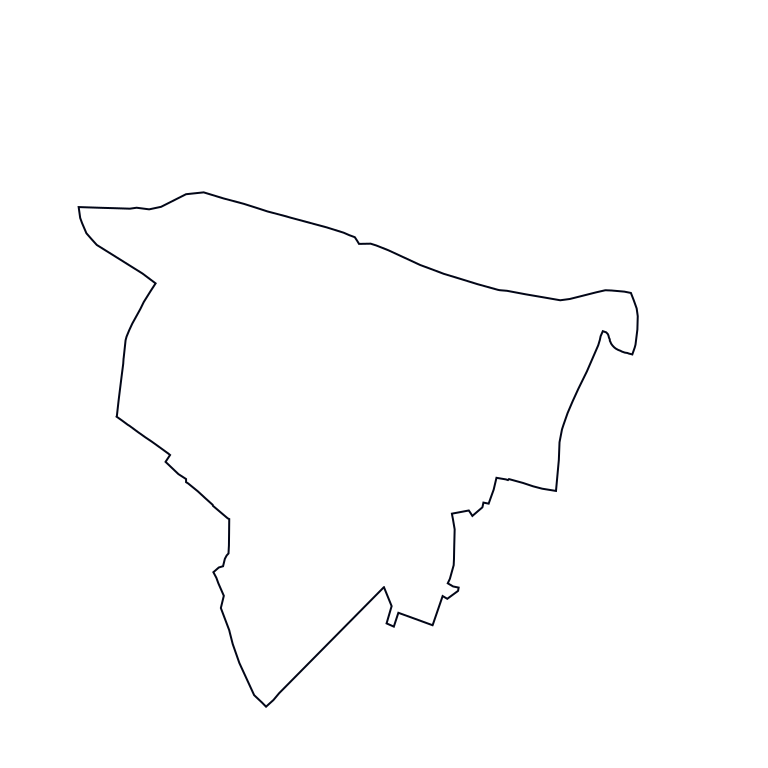 the district of Tarauni, Kano, Nigeria, rotated 341°
{"feature_id": "59680162B24840578600877", "entity_name": "Tarauni", "entity_type": "district", "adm_level": 2, "iso_a3": "NGA", "parent_name": "Nigeria", "parent_adm1": "Kano", "projection": "natural_earth1", "projection_center": [8.56, 11.961], "detail": "fine", "context": "isolated", "style": "outline", "palette": "ink", "viewbox_px": 768, "rotation_deg": 341, "n_neighbors": 0, "source": "geoboundaries", "source_scale": "gbopen_adm2", "svg_char_len": 2542}
<svg xmlns="http://www.w3.org/2000/svg" viewBox="0 0 768 768"><g transform="rotate(341 384 384)"><path d="M152.9,117.3L150.8,128.1L150.9,133.5L151.7,144.6L154.8,152.2L157.7,159.0L191.6,200.9L200.8,214.5L194.0,219.8L183.5,228.3L178.2,233.6L174.9,236.6L165.7,244.9L160.6,250.2L156.0,255.4L153.9,258.5L146.3,274.7L146.1,275.0L144.0,280.0L139.0,290.1L129.2,310.1L127.5,313.6L121.0,327.3L120.5,327.8L124.6,333.5L128.5,339.2L129.6,340.5L135.6,349.2L140.9,356.6L145.6,362.8L151.2,370.7L157.7,380.0L158.6,381.5L152.6,386.1L152.1,386.5L160.3,402.3L165.9,409.4L164.9,412.4L166.4,414.2L173.0,424.8L177.9,433.9L182.7,442.5L182.6,443.5L192.1,459.5L192.9,460.6L193.7,461.3L189.0,474.5L184.8,486.2L181.8,493.6L179.4,494.9L176.6,497.5L172.5,503.9L168.1,503.7L161.4,506.4L162.4,512.7L162.5,518.5L163.6,532.1L156.8,542.7L157.5,566.5L157.3,568.4L156.3,580.6L156.4,600.7L159.9,635.7L159.9,635.9L165.1,645.8L167.4,650.7L176.6,646.8L184.2,642.2L184.4,642.1L317.7,576.1L317.8,576.1L318.9,596.5L308.5,611.2L314.3,616.6L323.1,605.0L351.4,627.9L351.5,627.8L351.6,627.7L370.4,603.6L373.9,607.7L386.7,603.7L388.3,600.8L383.4,597.9L379.4,593.2L382.9,589.6L390.9,578.0L393.1,572.5L397.5,560.5L403.5,544.4L405.2,534.1L405.8,529.8L406.0,528.7L411.3,529.5L423.0,531.2L423.8,534.1L424.6,537.5L430.4,535.2L436.5,532.8L437.0,532.5L439.4,528.5L444.0,531.2L447.5,526.8L453.3,519.6L459.8,509.3L462.7,510.9L468.2,513.9L469.9,515.2L471.2,514.6L483.2,522.8L491.7,529.3L499.5,534.5L511.8,541.1L524.6,512.7L531.0,496.2L537.5,484.9L540.3,481.2L548.1,471.3L556.6,461.9L566.2,451.8L579.9,438.2L599.2,417.1L602.5,412.5L604.4,409.3L608.1,405.3L610.9,407.5L611.9,409.7L612.0,411.3L611.8,413.5L612.0,415.2L611.6,416.7L611.8,418.0L611.9,419.8L612.6,422.1L613.6,424.3L614.7,426.0L616.5,428.0L618.4,429.6L619.5,430.8L621.9,432.7L624.2,433.9L625.5,435.0L627.1,436.0L628.4,436.9L632.9,431.2L634.6,428.7L641.3,415.0L646.0,402.5L647.5,394.8L647.4,386.0L647.1,378.3L641.3,374.9L629.4,369.6L623.8,367.4L614.4,366.4L597.7,365.0L587.3,364.1L577.9,362.2L563.2,354.1L547.3,345.4L530.6,335.9L524.0,333.0L522.3,332.0L505.0,320.1L491.6,310.3L476.4,299.3L464.1,289.1L457.1,283.4L431.7,259.0L421.8,250.5L418.7,248.2L417.1,247.0L415.6,246.5L406.0,243.4L405.3,240.1L404.2,235.7L400.3,232.5L400.0,232.3L395.1,227.8L381.8,218.0L381.3,217.6L350.4,196.7L344.8,192.8L334.2,185.7L330.0,182.9L324.2,178.5L323.8,178.2L321.0,176.1L310.1,168.0L292.7,156.3L275.9,144.1L258.6,140.1L230.9,143.9L218.8,142.4L207.5,136.8L200.8,135.5L185.3,129.6L175.7,126.0L152.9,117.3Z" fill="none" stroke="#020617" stroke-width="2"/></g></svg>